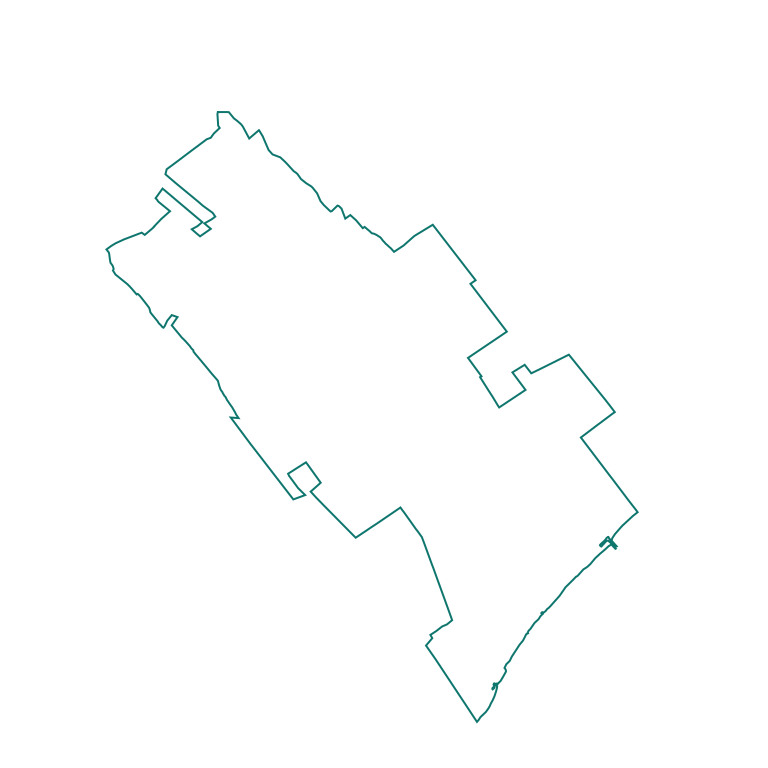 the district of Yobaín, Yucatán, Mexico, rotated 138°
{"feature_id": "50627088B68824645549174", "entity_name": "Yobaín", "entity_type": "district", "adm_level": 2, "iso_a3": "MEX", "parent_name": "Mexico", "parent_adm1": "Yucatán", "projection": "equal_earth", "projection_center": [-89.114, 21.287], "detail": "fine", "context": "isolated", "style": "outline", "palette": "teal", "viewbox_px": 768, "rotation_deg": 138, "n_neighbors": 0, "source": "geoboundaries", "source_scale": "gbopen_adm2", "svg_char_len": 4847}
<svg xmlns="http://www.w3.org/2000/svg" viewBox="0 0 768 768"><g transform="rotate(138 384 384)"><path d="M308.8,562.3L307.9,565.1L306.1,570.5L305.7,577.4L305.8,579.4L307.5,585.4L308.6,592.1L308.4,592.9L307.8,598.1L308.0,599.7L308.7,602.7L308.7,603.7L308.7,607.5L308.8,614.6L309.4,621.8L310.9,624.7L313.2,629.2L313.2,635.1L309.2,646.9L308.4,649.1L307.1,656.0L307.1,656.3L318.4,656.6L319.9,656.6L316.7,669.5L316.4,672.5L317.0,677.7L317.8,681.8L317.4,689.9L325.5,697.3L327.2,696.0L333.3,688.3L334.4,686.9L334.8,684.2L342.9,684.0L348.0,682.9L352.0,684.5L371.8,686.3L388.2,687.7L401.8,689.0L406.1,686.1L404.4,673.0L400.0,643.4L399.3,637.5L397.8,630.6L396.8,625.9L397.4,621.3L401.9,621.7L410.0,623.5L409.4,618.7L409.0,616.2L408.9,615.2L421.9,616.8L422.6,621.8L423.3,627.6L419.2,626.6L416.8,626.1L410.7,625.9L414.7,654.8L416.6,668.8L417.8,677.4L429.4,674.9L429.4,672.1L429.7,671.4L429.6,669.8L427.4,655.6L438.9,655.7L449.5,654.9L449.5,654.7L452.2,654.6L462.0,654.9L462.8,658.6L480.4,665.4L489.4,668.2L494.2,669.1L500.2,669.7L500.5,665.9L501.2,664.5L504.4,659.9L506.1,657.2L506.5,653.5L507.5,651.2L508.0,650.3L509.5,649.7L510.3,645.0L507.9,630.0L507.7,626.5L507.7,622.9L507.9,616.1L506.9,615.9L506.6,615.1L506.5,612.4L506.7,608.8L507.3,600.4L507.6,597.6L508.4,595.8L509.7,593.5L509.8,592.2L510.0,588.3L510.3,582.2L510.7,579.8L510.5,576.8L510.6,574.5L510.2,573.4L508.4,573.7L502.7,576.1L495.6,577.2L492.7,571.9L495.7,571.2L502.5,569.6L503.0,557.8L503.1,555.5L503.2,554.3L502.9,549.6L502.9,544.9L502.9,542.3L503.3,539.1L503.1,536.8L503.9,535.5L504.1,532.6L504.3,526.2L504.7,515.7L504.8,513.4L505.1,506.8L505.2,500.1L505.3,497.5L507.5,493.2L508.8,490.2L509.3,488.7L509.5,486.3L509.9,485.1L510.5,481.9L510.5,480.1L511.4,477.0L511.6,474.9L511.8,473.9L512.5,468.0L513.6,462.7L514.3,460.4L514.9,456.0L520.3,461.6L523.3,429.2L528.6,358.9L516.9,354.2L517.5,364.0L516.0,379.3L515.3,381.5L494.4,378.0L494.9,372.7L495.2,370.2L497.1,353.0L503.6,353.0L510.5,353.1L510.4,344.5L510.0,334.4L507.9,288.7L496.2,287.0L489.0,286.0L483.1,285.1L471.5,283.5L465.5,282.7L454.4,281.2L454.8,278.1L454.9,276.2L455.2,273.3L455.9,267.3L457.4,254.4L457.6,251.2L458.0,247.8L458.3,244.9L460.4,239.5L469.2,217.7L470.4,214.5L475.5,202.0L487.0,173.6L491.4,162.9L498.1,163.2L503.0,164.9L510.3,165.4L517.4,166.5L518.2,162.8L527.8,161.5L529.9,144.6L536.1,103.3L538.5,87.2L541.0,70.7L540.1,70.8L538.5,71.0L535.3,71.9L531.2,72.0L527.8,72.1L523.3,73.1L520.6,74.0L518.3,75.1L515.2,76.1L510.9,78.0L506.2,80.7L503.5,82.5L502.1,83.7L502.3,85.2L502.8,85.5L503.4,85.7L503.7,85.6L504.0,85.4L504.5,85.0L505.0,84.5L505.9,84.3L506.8,84.3L507.5,84.3L507.5,84.9L507.1,85.3L506.7,85.2L506.2,85.5L505.3,85.4L504.3,85.7L504.0,86.7L503.5,87.5L503.0,87.7L502.4,87.8L502.3,87.6L502.3,87.3L502.4,86.9L502.0,86.6L501.6,86.5L501.1,86.2L502.0,85.6L502.1,84.8L500.0,85.0L498.3,85.2L496.1,85.3L491.2,86.8L486.6,88.4L486.0,88.6L485.5,88.9L484.6,90.6L484.4,92.4L480.5,93.9L475.8,94.1L471.4,95.9L467.6,96.9L462.3,98.3L459.4,99.1L457.3,99.6L452.5,100.3L449.7,101.3L445.7,102.9L443.8,102.4L443.6,103.1L441.5,103.9L439.1,104.0L432.1,105.7L426.5,105.8L422.9,106.8L421.4,106.9L420.8,106.9L419.9,106.9L420.2,107.9L420.3,108.5L419.5,108.6L419.1,108.5L419.0,108.1L418.2,107.4L416.1,107.1L413.3,107.6L411.5,107.4L408.8,107.6L395.3,109.1L391.8,109.9L385.1,111.5L374.0,112.0L370.3,112.3L370.2,112.2L369.3,112.0L368.7,111.9L368.2,111.9L359.8,112.8L355.8,112.1L351.3,112.1L343.6,113.2L337.2,113.3L329.7,113.1L325.6,113.2L323.4,112.8L322.4,112.5L322.3,106.7L321.9,106.6L321.8,108.3L321.9,112.3L321.9,114.3L322.0,115.8L322.4,117.8L323.1,118.2L323.7,118.6L324.4,118.4L325.1,118.4L326.5,118.3L327.8,118.1L329.0,118.1L330.7,117.8L331.2,117.8L331.4,118.1L331.5,119.4L331.4,119.7L330.9,119.9L329.8,120.0L327.8,120.0L325.4,120.0L323.1,120.2L321.8,120.6L321.2,120.6L320.0,120.5L319.6,120.2L319.7,119.6L319.8,119.4L319.9,119.0L320.0,118.5L320.2,117.6L319.9,117.3L319.9,116.8L320.2,116.2L320.3,115.6L320.3,114.3L320.2,107.9L319.7,107.7L319.7,115.3L318.4,116.1L317.4,116.7L312.8,117.9L307.1,118.6L301.9,119.2L293.9,119.3L287.3,119.4L281.3,119.0L281.0,121.9L280.1,134.6L279.7,138.9L277.7,162.2L277.5,165.2L275.2,192.3L273.5,212.5L253.6,210.8L242.8,209.8L234.7,209.1L231.3,208.7L230.7,215.9L230.1,224.2L228.9,246.9L227.0,282.1L256.7,290.3L267.4,293.4L266.6,304.1L280.8,306.7L282.8,284.9L314.1,289.5L313.9,291.1L311.8,302.1L310.7,309.0L308.0,324.8L306.4,324.5L304.1,347.2L257.7,340.7L252.7,400.6L246.5,399.8L241.2,469.7L262.4,473.7L276.9,473.8L284.0,474.9L288.1,475.5L288.1,480.4L288.4,482.5L288.5,484.2L288.9,487.4L288.8,488.8L288.9,491.5L288.7,493.0L288.6,495.5L289.1,497.1L289.7,499.5L290.9,502.5L292.2,504.1L292.4,507.4L292.6,508.5L293.3,513.7L295.5,514.0L295.2,524.2L296.0,532.1L302.1,532.8L298.2,542.8L298.5,546.5L299.2,547.7L307.1,547.4L307.7,547.7L308.3,548.0L309.0,557.2L308.8,562.3Z" fill="none" stroke="#0f766e" stroke-width="2"/></g></svg>